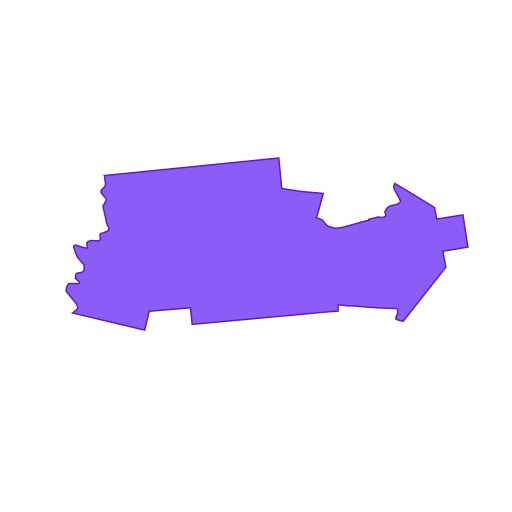 the district of Tiganesti, Teleorman, Romania, rotated 34°
{"feature_id": "2599482B47763495290999", "entity_name": "Tiganesti", "entity_type": "district", "adm_level": 2, "iso_a3": "ROU", "parent_name": "Romania", "parent_adm1": "Teleorman", "projection": "mercator", "projection_center": [25.313, 43.885], "detail": "fine", "context": "isolated", "style": "filled", "palette": "violet", "viewbox_px": 512, "rotation_deg": 34, "n_neighbors": 0, "source": "geoboundaries", "source_scale": "gbopen_adm2", "svg_char_len": 1975}
<svg xmlns="http://www.w3.org/2000/svg" viewBox="0 0 512 512"><g transform="rotate(34 256 256)"><path d="M135.8,405.8L205.2,379.7L198.4,361.5L230.6,335.6L241.3,348.4L344.1,264.3L354.9,255.7L351.3,250.7L354.5,248.8L360.7,245.7L363.5,243.6L365.1,242.7L372.0,238.8L376.8,236.2L382.3,233.0L384.0,232.0L390.1,228.3L400.7,221.8L402.3,220.8L403.1,221.1L403.8,221.4L404.8,223.3L405.5,224.4L406.1,227.5L406.6,229.3L406.8,229.8L409.5,229.7L414.5,227.9L419.7,159.2L408.3,147.5L426.7,130.1L404.6,106.2L385.2,124.3L376.9,116.0L362.7,116.6L351.1,117.1L330.6,118.2L331.1,121.0L332.8,123.0L344.6,129.2L345.4,130.6L345.0,132.5L343.7,134.6L339.1,139.6L337.7,143.4L338.2,147.4L341.2,149.7L340.6,151.9L338.5,153.9L335.6,155.2L329.0,162.5L329.8,163.1L325.1,167.9L323.1,170.6L310.8,184.9L305.7,189.0L299.6,190.9L296.7,190.8L290.9,189.1L288.1,189.5L284.4,190.5L283.7,186.9L282.8,184.2L280.1,176.5L276.8,166.5L271.2,169.6L262.4,174.5L255.3,178.2L251.3,180.1L246.4,182.5L239.5,185.5L220.1,162.0L86.0,273.5L85.3,274.1L85.5,274.2L87.1,276.0L88.4,277.5L90.7,280.1L91.7,281.9L91.8,283.3L91.2,286.2L91.0,288.6L91.8,289.7L93.1,290.5L95.5,291.3L98.1,291.8L99.6,292.3L100.3,293.0L100.7,293.9L100.8,295.4L101.1,297.3L101.1,299.5L101.9,301.0L109.7,308.2L113.9,312.5L118.2,315.0L118.8,315.8L119.3,317.1L119.2,317.9L117.7,320.3L116.3,322.5L115.9,322.9L115.5,323.2L114.9,323.8L114.8,324.4L114.8,325.7L117.7,329.1L117.8,329.8L117.2,331.1L114.9,332.9L111.9,334.5L110.3,335.8L108.8,337.7L108.4,339.3L108.4,339.8L111.2,343.1L111.6,343.8L110.5,344.6L105.7,346.2L102.5,347.1L100.5,347.8L99.8,348.3L99.3,348.9L99.3,349.3L99.4,349.8L100.4,351.0L103.1,353.1L105.5,354.9L108.9,356.9L111.8,357.8L114.3,358.5L117.1,359.1L118.7,359.8L121.5,364.3L121.1,366.5L117.1,370.5L116.9,372.2L118.9,375.7L123.3,376.2L124.5,377.1L124.3,378.3L119.0,381.6L116.2,383.6L116.3,387.5L117.3,389.5L118.3,391.4L130.1,395.0L134.7,396.5L137.1,398.4L137.6,400.1L136.7,403.0L135.8,405.8Z" fill="#8b5cf6" stroke="#5b21b6" stroke-width="1.5"/></g></svg>